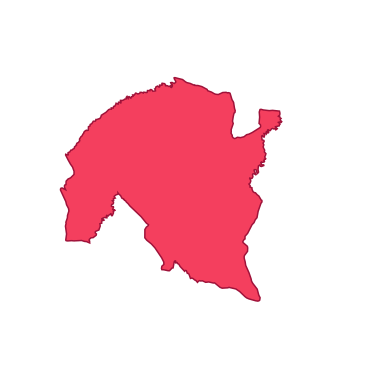 the district of Thaba-Tseka, Thaba-Tseka, Lesotho, rotated 310°
{"feature_id": "5366337B12676471094494", "entity_name": "Thaba-Tseka", "entity_type": "district", "adm_level": 2, "iso_a3": "LSO", "parent_name": "Lesotho", "parent_adm1": "Thaba-Tseka", "projection": "equal_earth", "projection_center": [28.592, -29.521], "detail": "fine", "context": "isolated", "style": "filled", "palette": "rose", "viewbox_px": 384, "rotation_deg": 310, "n_neighbors": 0, "source": "geoboundaries", "source_scale": "gbopen_adm2", "svg_char_len": 6025}
<svg xmlns="http://www.w3.org/2000/svg" viewBox="0 0 384 384"><g transform="rotate(310 192 192)"><path d="M310.2,207.0L306.3,201.2L304.0,198.9L300.7,193.9L299.7,191.7L298.9,191.1L296.5,192.1L292.8,195.7L287.6,199.3L287.5,201.2L286.5,202.3L285.4,202.8L276.3,199.9L272.9,198.4L271.0,197.0L267.7,196.3L264.8,194.2L263.1,191.6L261.0,190.8L260.2,190.1L260.0,188.6L260.4,187.1L261.3,186.4L262.2,184.0L263.1,183.6L265.0,181.9L270.9,179.6L272.3,177.5L276.3,175.1L279.4,173.5L280.5,173.8L282.1,172.8L283.4,170.8L287.4,166.2L288.5,163.2L292.1,157.7L292.0,157.0L291.4,155.9L290.8,155.6L290.3,154.1L288.0,151.6L283.6,149.5L282.1,147.3L281.6,145.8L281.1,142.8L279.7,138.9L280.3,137.6L279.1,131.8L277.4,128.1L276.0,126.4L275.7,125.2L275.3,125.3L274.0,120.8L272.5,117.8L272.2,116.2L272.1,112.5L268.6,105.3L267.9,104.9L267.3,105.7L266.3,108.4L265.5,109.0L263.7,108.6L263.1,106.3L262.1,105.4L261.4,106.6L261.5,107.9L261.2,108.3L260.2,109.0L258.9,109.1L258.6,108.4L258.7,108.0L259.8,107.4L258.0,106.5L257.6,104.8L256.4,103.4L257.1,102.8L257.4,101.4L256.1,99.2L255.4,99.4L255.1,100.1L254.5,100.3L253.1,98.5L252.0,99.6L251.4,99.5L251.1,99.1L251.2,97.7L249.5,96.8L247.4,97.5L247.0,97.2L246.5,98.5L246.0,99.0L244.0,97.3L244.4,95.6L244.1,94.6L243.0,94.2L242.6,94.6L241.1,92.7L239.4,93.6L238.9,93.2L237.5,90.9L236.5,91.1L236.1,89.6L235.0,88.2L234.4,88.5L233.5,88.3L232.3,87.5L231.8,85.7L231.4,85.2L229.3,85.5L228.2,84.2L227.6,85.3L227.0,85.2L226.1,84.3L224.6,84.8L224.4,83.7L224.7,82.6L224.4,82.3L222.7,82.9L223.5,80.8L222.2,80.8L221.2,81.8L219.8,80.7L218.5,80.5L217.3,79.7L216.2,78.3L215.8,78.5L215.4,79.8L214.4,80.2L214.0,78.3L213.5,78.0L211.8,78.9L211.2,76.8L209.6,77.5L209.0,77.4L208.0,77.7L207.2,76.9L205.7,77.7L204.6,76.2L204.2,76.8L203.6,77.0L202.8,75.9L201.5,75.2L197.8,74.9L192.5,73.2L191.4,73.8L189.2,74.2L186.1,72.3L185.8,71.8L184.4,72.4L183.9,72.2L182.8,70.9L179.9,71.3L178.3,70.6L177.0,71.4L175.5,70.7L172.7,72.8L171.6,72.0L171.4,71.3L169.4,70.7L168.2,70.8L167.3,71.3L166.0,71.2L164.5,71.7L162.9,71.4L160.2,71.8L159.1,73.1L158.4,72.9L157.2,73.2L155.5,72.5L154.1,72.8L153.7,73.4L151.0,73.0L149.6,73.8L148.0,73.1L146.8,73.0L146.2,72.3L144.1,72.6L142.6,71.8L142.0,72.0L141.1,73.2L140.6,73.2L139.7,71.0L139.1,71.4L136.9,76.6L135.2,81.1L134.3,84.5L132.0,88.4L129.6,90.3L124.8,89.9L122.3,88.7L119.4,88.6L116.6,90.7L115.7,90.1L114.7,90.3L113.6,91.4L112.5,93.7L111.6,89.9L110.7,89.2L109.7,89.4L108.9,90.1L103.6,101.4L101.6,104.1L100.0,108.0L98.3,109.9L94.0,111.7L92.0,113.2L87.8,114.8L87.0,115.7L84.5,117.0L79.2,122.9L74.0,126.2L73.8,126.9L74.6,128.2L77.3,131.0L78.7,133.0L83.9,138.6L85.1,141.5L86.2,143.1L87.2,146.4L88.7,145.0L88.9,144.2L89.8,143.8L92.0,144.1L93.5,145.6L97.2,146.4L98.4,145.8L98.5,144.2L99.1,143.6L100.2,143.6L103.0,145.1L106.9,143.6L108.5,141.8L110.1,142.9L111.7,141.4L113.9,142.7L114.1,142.0L113.0,141.1L113.3,140.2L113.7,140.1L116.1,141.2L117.5,143.4L118.3,142.9L118.4,141.9L119.3,141.7L119.9,143.3L121.3,143.2L122.2,143.7L123.0,143.6L123.3,143.8L123.1,144.4L122.5,144.8L122.2,145.6L122.4,146.0L122.9,146.1L125.5,145.3L126.6,144.1L128.4,144.8L128.6,144.0L127.8,143.1L127.7,142.5L130.0,141.6L130.2,141.2L129.4,140.1L129.4,139.2L130.8,138.5L131.9,139.2L133.0,139.0L133.9,138.3L134.1,136.6L135.4,137.3L136.3,136.1L136.6,136.1L138.0,137.1L138.4,135.4L138.9,135.2L141.1,135.7L142.5,136.6L143.1,136.5L143.7,135.9L143.4,137.3L143.3,139.7L142.2,142.3L142.7,143.6L142.4,144.2L142.7,144.8L142.2,145.6L142.6,146.7L142.1,148.1L142.0,150.5L141.4,153.2L140.4,168.9L138.8,177.2L139.0,179.7L138.2,180.1L135.7,179.6L133.0,180.0L126.6,185.3L126.0,188.3L126.1,194.4L125.4,199.5L122.1,211.0L120.2,215.4L118.4,217.0L115.8,216.6L113.9,217.7L113.1,218.8L114.3,220.4L116.4,224.4L117.3,225.4L120.9,225.6L121.7,226.3L127.0,223.3L127.9,223.1L128.5,223.6L127.6,224.2L127.3,225.2L128.2,225.3L128.4,226.0L127.9,226.8L128.2,228.4L127.3,230.8L126.5,237.3L127.5,237.2L128.1,238.2L126.7,240.7L127.1,241.0L127.1,242.5L124.8,246.4L125.9,247.1L126.4,248.6L126.3,250.5L126.7,251.6L126.3,254.3L127.8,254.3L129.0,254.8L129.5,256.0L130.6,256.9L131.6,260.5L133.9,262.7L136.0,266.9L136.9,267.7L137.0,274.8L137.7,276.9L141.7,281.1L142.7,281.6L145.9,287.9L146.4,292.6L145.9,299.8L146.0,301.9L146.7,304.3L149.6,310.7L150.7,312.5L151.6,313.2L152.7,313.4L154.8,312.1L155.9,309.5L159.5,304.4L161.1,297.2L162.0,294.9L163.5,293.0L166.8,287.5L170.3,280.3L172.6,277.7L174.8,274.6L176.0,273.5L177.1,273.0L182.2,272.7L185.0,270.6L186.0,269.3L186.1,263.6L186.7,262.8L189.3,262.4L190.1,262.8L192.1,261.1L196.0,261.2L205.6,259.0L208.4,259.2L211.4,258.3L214.1,258.3L219.7,255.1L227.6,252.1L229.3,252.0L230.2,251.3L230.5,250.8L230.3,250.2L231.9,245.8L231.8,243.6L232.2,241.2L231.6,240.0L231.5,238.5L232.7,236.2L233.8,235.2L233.1,233.1L234.1,232.7L234.7,230.5L235.8,230.8L237.8,230.2L238.7,229.4L239.4,227.5L239.8,227.3L240.4,228.7L241.1,229.2L242.8,228.9L244.1,227.3L244.9,227.0L245.9,227.8L246.2,229.8L246.8,229.8L247.5,227.1L248.6,225.5L249.2,225.4L250.1,226.5L250.1,227.2L249.0,228.3L248.4,230.3L250.0,230.2L251.7,228.1L254.7,226.1L256.3,226.6L255.7,227.8L256.2,228.8L258.4,230.0L258.8,229.6L258.7,229.2L258.0,228.7L257.8,227.6L258.8,225.8L259.6,225.8L259.9,226.8L261.5,228.0L261.8,228.0L262.1,226.9L262.8,227.0L263.5,226.4L264.2,227.2L264.5,227.2L265.0,227.0L265.1,225.9L265.9,225.0L266.9,224.9L268.9,224.0L269.2,221.7L270.8,220.7L271.6,218.7L272.3,217.5L274.3,216.7L275.1,215.0L277.0,214.8L277.4,214.4L277.7,213.9L277.0,212.1L279.5,209.5L280.1,209.4L280.5,209.7L280.2,211.3L280.4,211.9L282.0,211.3L283.0,209.5L284.0,210.8L283.9,211.7L284.8,211.6L285.3,211.1L285.5,210.3L286.2,210.2L286.6,210.6L286.2,212.1L286.5,212.5L286.8,212.5L288.0,210.1L288.5,210.1L288.8,210.6L288.8,212.1L289.4,212.5L291.5,212.3L292.4,212.8L293.0,214.4L294.3,214.8L294.5,215.1L293.5,216.1L294.1,216.5L295.4,216.6L295.4,214.7L295.7,214.0L298.8,216.3L299.6,215.8L300.7,215.8L300.9,213.4L301.8,213.9L302.7,215.6L303.6,215.5L303.7,213.9L304.4,212.9L305.6,212.9L305.4,211.9L306.2,210.6L305.5,209.8L305.5,209.4L307.5,209.7L308.9,208.7L310.2,207.0Z" fill="#f43f5e" stroke="#9f1239" stroke-width="1.5"/></g></svg>